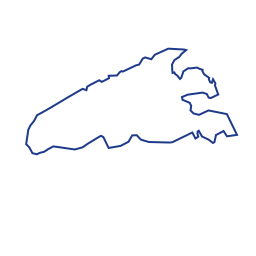 the district of Dosso, Dosso, Niger, rotated 63°
{"feature_id": "23599985B13950466033624", "entity_name": "Dosso", "entity_type": "district", "adm_level": 2, "iso_a3": "NER", "parent_name": "Niger", "parent_adm1": "Dosso", "projection": "robinson", "projection_center": [3.352, 12.846], "detail": "fine", "context": "isolated", "style": "outline", "palette": "blue", "viewbox_px": 256, "rotation_deg": 63, "n_neighbors": 0, "source": "geoboundaries", "source_scale": "gbopen_adm2", "svg_char_len": 1403}
<svg xmlns="http://www.w3.org/2000/svg" viewBox="0 0 256 256"><g transform="rotate(63 128 128)"><path d="M75.3,203.2L78.9,208.2L81.5,213.9L84.3,217.6L96.2,226.1L100.4,224.7L107.0,224.6L110.0,221.2L110.1,217.9L111.1,213.5L110.6,208.8L110.5,202.9L115.6,195.6L122.3,186.1L123.0,185.1L124.6,177.2L123.7,170.7L122.8,158.3L122.7,155.6L124.9,154.1L137.0,154.3L140.6,142.7L140.5,133.8L136.5,127.6L138.4,123.5L144.2,121.8L150.0,115.7L159.9,97.4L160.8,94.9L161.2,73.7L161.3,72.7L168.0,72.7L167.6,69.3L164.5,68.7L162.7,67.5L162.6,66.2L169.2,65.9L175.0,61.4L179.9,59.1L179.8,57.4L174.2,52.8L174.1,44.2L180.3,43.6L181.4,40.5L183.6,34.0L160.5,33.6L148.9,48.3L148.5,58.8L144.8,63.0L140.7,64.3L136.9,61.6L133.6,61.6L127.6,66.6L124.9,65.9L125.4,59.7L130.3,45.5L133.4,42.4L137.6,42.3L138.9,40.6L139.1,32.4L129.6,31.2L128.0,29.9L123.2,30.1L125.8,32.8L124.6,34.0L121.4,33.9L120.2,32.9L114.7,35.8L111.1,35.9L110.0,35.1L107.9,37.3L105.5,39.0L103.2,45.4L102.1,47.0L102.7,52.9L107.5,57.8L107.9,59.4L103.3,60.4L101.6,61.4L99.5,61.5L99.2,63.3L96.1,62.1L91.5,60.0L88.6,55.9L87.9,49.9L86.1,46.2L85.0,40.8L83.6,42.3L75.6,56.1L74.9,70.8L77.3,76.0L72.9,80.7L72.9,83.5L76.5,89.2L75.8,92.7L75.4,107.0L74.4,107.9L74.5,109.9L76.2,114.0L72.7,121.5L75.0,122.3L75.0,130.4L72.4,132.0L72.4,134.4L72.4,142.0L72.7,145.6L75.4,147.9L72.5,150.7L73.4,167.9L74.7,187.1L75.2,197.6L75.3,203.2Z" fill="none" stroke="#1e3a8a" stroke-width="2"/></g></svg>